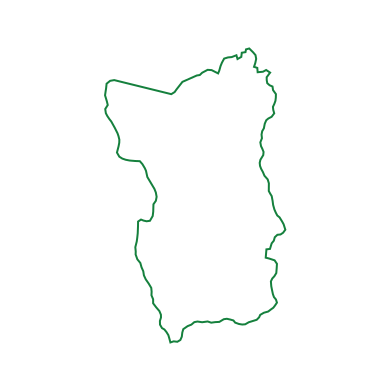 Colina, São Paulo, Brazil, rotated 281°
{"feature_id": "56859067B82565562664373", "entity_name": "Colina", "entity_type": "district", "adm_level": 2, "iso_a3": "BRA", "parent_name": "Brazil", "parent_adm1": "São Paulo", "projection": "orthographic", "projection_center": [-48.594, -20.735], "detail": "fine", "context": "isolated", "style": "outline", "palette": "green", "viewbox_px": 384, "rotation_deg": 281, "n_neighbors": 0, "source": "geoboundaries", "source_scale": "gbopen_adm2", "svg_char_len": 2619}
<svg xmlns="http://www.w3.org/2000/svg" viewBox="0 0 384 384"><g transform="rotate(281 192 192)"><path d="M40.2,199.5L41.9,202.5L42.2,206.2L44.5,208.8L48.0,209.6L52.2,209.3L55.7,209.6L59.5,213.3L61.7,216.7L64.7,219.1L65.9,222.1L66.1,226.8L67.9,232.1L67.4,235.8L68.7,239.6L69.7,243.6L73.2,247.5L74.2,250.4L74.1,254.0L73.8,257.2L72.0,259.3L71.4,263.3L71.5,266.6L72.3,269.5L75.0,272.6L77.4,277.1L78.9,279.9L81.8,281.8L84.4,282.4L87.2,285.6L89.2,289.6L91.8,291.9L93.9,293.9L96.3,295.1L99.6,296.5L102.5,294.9L104.5,292.5L107.2,290.9L111.2,289.2L114.6,287.8L119.3,286.5L122.4,287.3L125.0,288.9L128.5,290.2L133.1,289.7L137.7,289.1L140.7,286.1L141.4,280.5L141.6,276.9L149.9,276.0L151.0,279.4L156.8,280.0L159.8,281.6L163.4,281.9L166.3,284.0L167.2,287.0L169.4,289.2L172.8,290.8L177.8,288.1L180.1,286.2L183.8,282.8L185.2,280.2L187.7,278.2L190.6,276.2L194.8,274.1L198.7,272.8L203.2,271.0L205.4,269.0L207.6,267.2L211.9,266.4L215.2,265.8L218.8,263.9L221.8,260.0L225.1,257.8L228.0,255.4L230.6,253.8L233.5,252.9L236.7,253.0L241.8,254.9L245.0,254.6L247.8,252.8L250.2,251.0L253.8,249.6L258.1,250.4L261.7,249.3L265.1,249.3L268.2,250.4L272.9,250.4L276.6,251.2L278.7,252.9L281.0,255.8L284.9,257.7L288.1,256.1L291.0,255.2L294.2,256.0L297.4,256.5L300.5,256.3L304.1,255.7L307.5,252.1L310.9,250.9L311.6,247.8L313.2,245.1L316.1,244.0L318.9,243.4L324.1,245.9L325.9,241.5L323.6,238.7L322.1,233.6L326.3,232.4L326.7,229.0L330.6,229.5L334.9,229.6L338.5,228.2L340.8,225.3L343.8,220.8L342.3,217.8L339.5,217.8L338.2,214.3L334.0,214.6L331.2,211.3L334.7,209.5L332.0,205.2L331.0,201.7L329.1,198.1L324.6,196.7L321.1,196.0L316.3,195.6L313.4,195.0L315.4,188.0L314.9,184.0L311.0,179.2L308.3,177.3L307.3,174.5L298.3,161.6L289.7,157.2L286.8,155.9L284.1,153.0L287.0,94.3L285.5,90.4L282.0,87.5L277.3,87.9L274.4,88.0L270.3,88.2L264.8,91.1L261.3,92.7L256.9,91.0L252.9,92.4L250.4,94.4L247.8,97.0L245.8,99.3L240.2,104.0L235.4,107.7L232.8,109.2L229.5,110.7L226.4,111.2L222.7,111.2L216.4,110.8L212.8,113.9L211.5,117.2L211.0,120.8L211.0,124.8L211.6,130.4L212.3,134.9L209.9,138.0L206.3,141.2L204.0,142.8L198.2,145.3L187.9,154.5L184.6,156.6L180.5,158.2L176.5,158.2L172.6,156.5L165.3,157.7L160.9,158.0L155.7,156.2L154.6,153.0L154.7,149.9L155.2,147.2L152.7,144.7L148.3,145.5L141.1,146.6L136.4,147.0L132.9,147.2L127.0,146.9L122.9,148.1L119.9,148.6L115.5,151.2L112.5,154.8L108.5,156.8L104.9,159.3L101.0,160.7L97.4,163.3L93.8,167.0L90.1,170.3L86.4,171.4L82.9,171.9L79.3,174.3L75.3,175.1L72.0,178.8L68.9,182.7L65.6,184.9L62.9,185.5L59.3,185.1L55.7,185.9L52.7,188.5L51.8,191.1L49.7,193.6L47.0,196.1L43.7,197.8L40.2,199.5Z" fill="none" stroke="#15803d" stroke-width="2"/></g></svg>